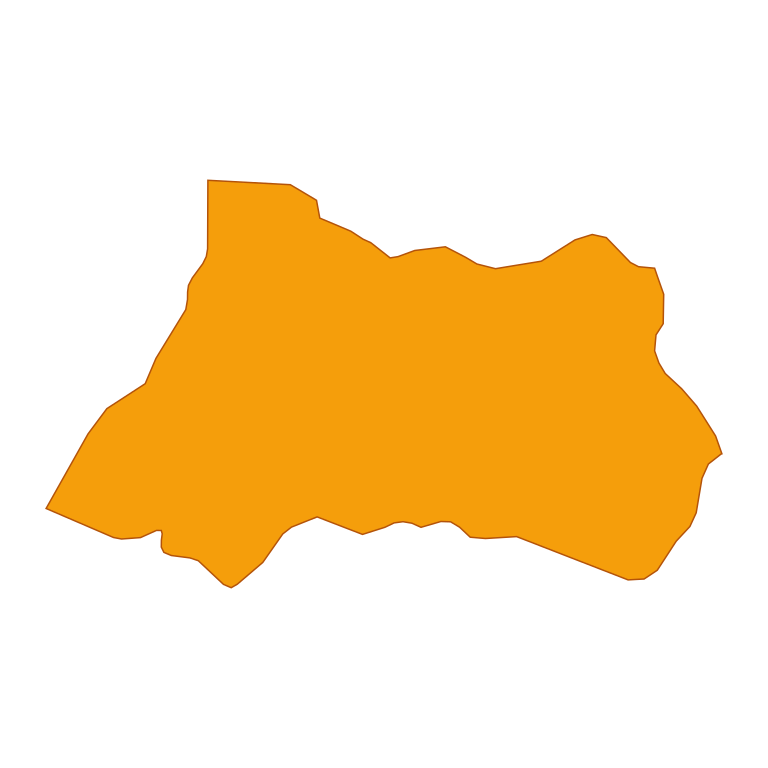 map outline of Ajaria (orthographic projection)
{"feature_id": "GEO-3027", "entity_name": "Ajaria", "entity_type": "Autonomous Republic", "adm_level": 1, "iso_a3": "GEO", "parent_name": "Georgia", "parent_adm1": "", "projection": "orthographic", "projection_center": [42.09, 41.662], "detail": "fine", "context": "isolated", "style": "filled", "palette": "amber", "viewbox_px": 768, "rotation_deg": 0, "n_neighbors": 0, "source": "natural_earth", "source_scale": "10m", "svg_char_len": 1210}
<svg xmlns="http://www.w3.org/2000/svg" viewBox="0 0 768 768"><path d="M636.5,579.4L628.1,579.9L516.6,536.6L485.4,538.5L470.2,537.2L459.6,527.2L450.6,521.8L440.9,521.5L421.0,527.3L411.9,523.2L403.0,521.7L394.1,522.9L384.9,527.3L362.5,534.4L317.1,516.9L291.5,527.1L282.8,533.9L262.8,562.4L237.3,584.2L231.2,587.7L223.5,584.4L198.3,560.7L189.9,557.9L171.3,555.5L163.9,552.4L161.3,547.1L161.4,540.2L162.2,533.8L161.3,530.5L156.5,530.4L140.5,537.6L121.5,539.0L113.5,537.5L46.1,508.5L88.1,433.8L106.9,408.6L145.2,383.7L156.0,358.3L185.8,309.6L187.5,299.6L187.6,292.0L188.5,285.3L192.4,277.8L202.8,263.7L206.3,256.6L207.6,248.9L207.9,180.3L290.3,184.7L307.0,194.6L316.5,200.3L319.8,218.1L350.8,231.2L363.1,239.2L370.8,242.7L390.1,257.9L398.2,256.6L398.9,256.3L414.7,250.5L445.4,246.8L465.6,257.3L476.9,264.0L495.5,268.7L507.0,266.8L541.3,261.2L575.0,239.9L592.2,234.5L606.3,237.6L630.4,262.5L638.5,266.7L654.6,268.2L657.4,276.4L663.7,294.3L663.2,323.7L656.0,334.9L654.6,350.9L658.9,363.0L665.2,373.5L681.8,388.9L696.7,406.1L715.6,436.0L721.9,453.8L721.0,454.1L708.4,464.0L702.0,478.3L696.2,512.8L689.9,526.5L676.2,541.2L657.3,570.2L644.1,579.0L636.5,579.4Z" fill="#f59e0b" stroke="#b45309" stroke-width="1.5"/></svg>